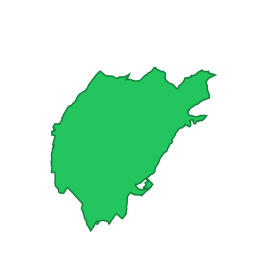 Oniceni, Neamt, Romania, rotated 225°
{"feature_id": "2599482B19733002831114", "entity_name": "Oniceni", "entity_type": "district", "adm_level": 2, "iso_a3": "ROU", "parent_name": "Romania", "parent_adm1": "Neamt", "projection": "albers", "projection_center": [27.161, 46.781], "detail": "fine", "context": "isolated", "style": "filled", "palette": "green", "viewbox_px": 256, "rotation_deg": 225, "n_neighbors": 0, "source": "geoboundaries", "source_scale": "gbopen_adm2", "svg_char_len": 5683}
<svg xmlns="http://www.w3.org/2000/svg" viewBox="0 0 256 256"><g transform="rotate(225 128 128)"><path d="M180.1,149.5L181.3,149.1L186.6,148.7L188.0,148.4L188.1,145.3L188.0,142.9L186.6,132.7L186.2,130.6L184.9,127.4L184.8,126.0L184.6,124.7L184.9,123.1L185.7,120.0L186.1,117.3L186.1,116.3L185.7,114.1L184.6,111.2L184.1,108.6L184.1,106.8L184.2,105.7L184.1,105.3L184.0,104.3L184.4,102.8L184.9,102.5L185.0,101.7L185.2,101.4L185.1,99.5L184.0,95.9L183.1,92.3L182.1,90.1L181.8,88.3L181.7,88.0L180.8,87.8L180.5,87.4L180.1,86.0L179.9,84.2L179.1,83.3L178.9,82.8L179.0,82.5L179.7,82.3L180.0,81.8L180.4,81.5L181.0,81.0L181.4,80.0L182.1,79.5L182.5,79.5L182.7,79.3L182.7,79.0L182.3,78.6L182.2,78.2L182.2,77.4L182.0,77.1L182.0,76.6L181.6,76.5L181.5,76.1L181.4,75.6L180.7,75.2L180.3,75.6L179.6,74.9L179.3,74.9L179.1,74.9L178.7,75.4L177.7,75.2L177.6,74.8L177.9,74.6L178.0,74.8L178.7,74.1L178.4,74.0L178.8,73.2L178.7,72.9L178.9,72.7L179.0,72.4L179.4,71.9L178.9,71.0L178.7,70.8L178.2,71.0L177.0,69.3L174.0,71.0L169.9,63.8L169.2,62.8L168.1,63.7L167.4,62.6L167.2,62.7L166.8,62.1L167.5,61.7L166.7,60.8L167.1,60.6L164.0,56.5L164.2,56.3L162.9,54.6L162.7,54.7L160.3,52.3L160.0,52.2L158.3,49.6L157.7,50.0L157.0,48.7L156.1,47.7L155.2,47.0L153.9,46.5L152.0,43.8L150.6,42.5L150.3,42.6L149.3,44.1L149.0,44.5L148.4,44.9L147.9,44.8L146.0,42.8L144.3,41.6L141.9,38.7L140.4,37.2L138.0,35.6L136.2,35.6L135.1,35.9L134.2,35.3L131.3,33.8L130.4,33.9L129.8,34.6L128.8,34.8L128.2,35.9L127.4,36.5L128.4,40.6L128.7,43.5L128.5,43.2L128.1,43.1L122.4,43.1L113.6,42.6L106.9,42.4L106.5,41.9L105.8,41.5L105.5,40.8L104.0,38.1L102.1,37.5L100.1,36.6L96.9,34.9L95.9,34.1L94.5,33.3L94.0,33.2L93.1,33.4L92.8,33.3L88.9,30.8L87.1,30.5L83.3,29.5L82.0,28.8L81.7,28.8L82.5,33.3L83.1,35.9L83.4,36.4L83.4,36.7L84.3,39.9L83.2,40.9L82.3,39.8L82.3,38.9L82.1,38.2L81.9,38.1L81.7,38.1L81.6,38.3L81.9,40.3L82.3,41.6L81.3,43.9L80.8,44.6L79.4,45.8L78.8,46.2L78.3,46.3L76.4,47.7L76.0,47.8L75.3,47.6L74.3,46.9L73.5,46.8L73.7,48.5L74.3,50.7L74.3,51.1L75.6,57.7L75.6,58.2L75.5,58.8L74.9,59.0L74.5,59.3L67.9,59.8L68.1,62.0L68.4,65.8L68.8,66.3L70.0,67.2L70.8,68.4L71.5,69.7L73.0,70.9L75.7,74.4L78.2,77.1L80.0,79.3L80.4,82.4L81.0,84.2L80.9,84.7L79.1,84.3L76.4,85.3L71.4,89.7L70.3,89.9L70.6,91.0L70.4,93.5L70.6,96.1L70.3,97.3L70.1,97.7L70.0,98.4L69.9,99.6L70.2,100.3L69.9,102.4L70.7,103.7L70.5,104.1L70.5,104.9L70.4,105.4L71.5,105.7L74.8,105.7L75.4,105.9L75.6,105.7L78.9,105.8L79.0,105.0L78.0,105.0L77.6,104.6L76.3,104.5L76.3,104.0L76.6,103.6L76.5,103.4L77.1,101.8L77.1,101.3L76.5,101.1L74.9,100.8L75.0,100.0L74.8,98.4L75.0,97.3L75.0,96.6L74.7,96.5L73.5,96.9L73.1,97.9L72.4,98.8L71.7,98.8L71.6,98.4L72.5,96.7L72.9,96.5L73.4,95.4L74.3,94.5L74.6,93.7L75.4,93.3L76.3,93.2L76.3,92.7L77.2,92.6L78.0,92.3L80.5,92.3L80.8,92.5L82.0,92.5L83.0,93.2L82.3,93.6L81.8,94.3L80.7,97.3L80.0,99.3L80.2,101.7L78.9,109.9L78.9,111.1L78.6,112.2L78.3,112.7L78.3,113.3L78.1,113.9L78.1,115.4L78.5,116.5L80.2,118.6L80.9,120.6L81.2,122.2L81.3,123.1L82.2,125.7L84.1,129.8L84.2,131.5L84.8,133.9L84.7,134.5L84.9,135.8L84.6,137.1L84.6,137.7L84.3,138.5L84.3,139.2L84.6,139.9L85.6,141.6L85.7,142.9L86.3,144.3L87.0,146.4L86.8,147.0L86.5,147.6L86.5,148.3L86.7,148.9L87.4,150.1L88.5,150.5L88.9,151.4L89.4,155.3L89.7,155.7L89.7,156.3L90.1,157.1L90.8,158.2L90.8,159.6L90.9,160.7L91.1,161.1L91.1,162.2L91.6,163.8L90.9,165.2L90.2,165.8L89.9,166.3L89.9,167.6L89.6,168.1L89.6,168.8L89.7,169.4L89.9,169.5L90.3,170.3L90.3,170.7L89.9,170.6L88.8,171.1L87.6,171.4L86.8,171.7L86.1,172.3L85.4,172.3L85.6,174.3L85.9,174.4L86.9,175.4L87.2,175.8L87.9,176.4L88.3,176.5L89.1,176.1L89.5,176.6L89.3,177.7L88.7,178.7L88.2,179.1L88.0,180.0L86.9,178.8L86.3,178.6L86.0,178.3L85.6,178.1L84.3,177.8L83.6,178.2L83.5,178.3L83.5,179.0L84.2,181.1L84.3,181.7L84.0,181.9L83.9,182.3L82.9,182.4L83.1,183.3L82.5,183.7L82.2,184.4L81.8,184.7L81.6,185.3L80.9,186.0L81.4,186.9L80.8,186.5L80.8,187.5L80.6,188.2L80.6,188.8L81.2,192.3L85.0,188.8L85.7,187.7L86.7,185.4L87.3,184.5L88.4,183.6L89.6,182.8L91.2,182.0L92.2,181.2L93.3,180.7L94.3,180.4L95.6,180.7L97.9,183.0L98.1,183.4L97.3,183.9L97.7,184.8L97.8,185.8L97.0,190.6L96.5,192.6L95.4,194.7L95.4,198.1L95.0,199.4L94.4,201.0L93.6,202.6L93.3,203.5L92.5,204.9L92.2,206.0L91.9,206.4L91.9,207.1L92.7,207.5L93.2,208.4L94.7,209.0L95.0,209.5L98.0,210.7L99.5,211.5L101.9,214.0L104.4,215.0L105.3,215.9L105.8,217.3L106.1,219.7L105.8,221.1L104.8,224.4L103.6,227.2L106.9,225.7L108.1,224.8L109.7,224.0L109.8,224.4L111.1,225.1L111.6,224.4L111.8,223.7L112.5,223.1L113.2,222.7L114.1,221.8L115.1,221.4L117.0,221.0L116.8,219.8L117.4,218.8L117.8,216.7L117.9,214.6L117.9,212.9L118.1,212.5L118.7,212.0L119.0,211.5L119.2,210.9L120.4,210.0L120.4,209.8L119.5,209.2L119.6,208.6L120.6,207.3L120.5,206.2L120.9,206.3L121.5,205.4L123.1,203.7L122.5,202.7L121.7,200.5L121.5,199.6L121.5,197.7L121.3,195.8L121.8,194.4L121.7,194.2L120.7,190.6L122.3,190.2L125.2,190.5L128.0,190.3L129.9,189.0L131.3,188.8L133.0,188.8L134.0,188.7L136.0,189.1L136.8,189.5L138.1,190.6L139.4,192.3L140.3,192.9L140.9,193.1L143.0,192.9L143.6,192.5L144.3,191.3L144.7,191.1L145.3,191.1L148.1,190.4L149.3,189.8L150.2,190.0L150.7,189.7L151.3,190.0L151.8,189.9L152.2,189.1L152.2,188.9L151.9,187.9L151.5,184.8L151.6,184.1L152.5,181.3L152.6,180.8L152.6,179.5L153.0,177.6L153.2,174.7L152.9,171.4L153.2,170.3L154.3,168.4L155.9,166.4L157.4,165.7L158.7,164.7L160.4,164.0L161.6,163.3L163.2,161.5L163.6,160.8L163.8,161.3L163.8,162.2L163.8,163.1L164.0,164.2L164.2,165.1L165.1,167.0L165.4,164.9L166.4,163.0L166.4,161.7L166.6,161.4L167.5,160.8L168.1,160.1L170.1,158.2L170.3,156.9L170.6,156.4L170.6,156.0L170.8,155.4L173.1,154.2L175.1,154.0L176.7,152.8L177.4,151.7L178.1,151.4L178.8,150.9L180.1,149.5Z" fill="#22c55e" stroke="#15803d" stroke-width="1.5"/></g></svg>